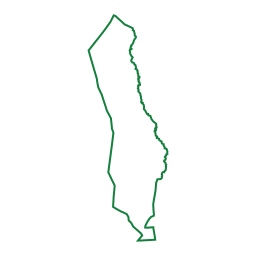 the district of Chingeltei, Ulaanbaatar, Mongolia
{"feature_id": "93677404B82424679119266", "entity_name": "Chingeltei", "entity_type": "district", "adm_level": 2, "iso_a3": "MNG", "parent_name": "Mongolia", "parent_adm1": "Ulaanbaatar", "projection": "equal_earth", "projection_center": [106.895, 48.027], "detail": "fine", "context": "isolated", "style": "outline", "palette": "green", "viewbox_px": 256, "rotation_deg": 0, "n_neighbors": 0, "source": "geoboundaries", "source_scale": "gbopen_adm2", "svg_char_len": 3958}
<svg xmlns="http://www.w3.org/2000/svg" viewBox="0 0 256 256"><path d="M138.0,240.6L140.9,240.5L151.9,239.9L155.2,239.7L154.7,236.0L153.5,229.0L153.3,227.3L151.1,227.4L149.6,227.5L147.6,227.7L145.2,227.6L145.3,226.3L145.4,225.7L146.9,222.7L148.1,220.7L148.7,219.7L149.2,219.0L151.0,217.0L153.8,215.7L153.9,214.3L153.5,210.0L153.2,204.6L153.7,200.9L153.9,199.8L154.9,194.3L155.5,190.7L156.2,182.6L156.9,180.8L157.4,179.3L157.8,179.3L159.0,179.1L160.3,179.1L161.3,178.6L161.9,177.8L161.8,176.6L162.2,176.1L162.1,174.9L161.7,174.3L162.5,172.3L163.5,172.0L164.2,172.2L164.7,171.1L164.8,170.9L165.6,170.3L166.1,166.9L165.7,166.2L166.2,164.6L165.6,164.0L165.5,163.4L165.5,162.9L165.2,162.5L164.1,161.5L164.2,160.5L165.4,159.8L165.8,158.9L165.8,158.2L165.0,157.5L164.8,157.0L165.4,156.1L166.1,155.7L166.2,154.5L166.6,154.4L167.4,154.0L167.2,152.2L167.4,151.3L166.9,150.2L166.6,148.9L166.1,148.7L165.3,148.6L165.1,148.5L164.6,148.3L164.7,147.7L164.5,146.6L163.9,146.2L163.6,145.5L163.7,144.3L162.4,143.7L162.0,143.5L161.6,142.6L161.7,141.6L159.7,140.4L159.2,140.0L159.1,138.9L158.7,138.6L157.9,138.2L156.8,138.1L156.8,137.2L157.1,136.5L156.4,136.0L155.8,135.7L155.7,135.3L155.6,134.0L155.3,133.1L155.4,132.4L155.2,131.8L154.6,131.4L154.8,130.3L156.0,130.2L156.1,129.9L155.7,129.4L155.2,128.5L155.5,127.9L156.0,128.0L156.3,128.1L156.6,127.7L156.5,126.9L156.1,126.1L156.1,125.8L156.3,125.4L156.3,124.7L156.1,124.3L156.1,123.7L153.9,121.9L153.0,121.2L151.3,118.7L150.4,115.9L149.9,115.7L149.5,115.5L148.5,115.4L148.2,114.8L148.1,114.0L147.1,114.0L146.2,112.4L144.9,110.1L144.0,109.3L143.9,107.8L144.1,107.0L143.8,105.1L143.4,104.6L143.0,103.9L142.2,103.4L142.6,102.7L142.3,102.5L141.7,102.7L141.1,102.0L141.5,100.5L141.5,99.6L141.5,99.4L140.9,98.4L140.9,97.9L141.0,96.6L140.7,95.9L140.4,95.1L140.4,94.2L140.3,93.5L139.1,92.4L138.5,91.7L138.3,91.0L138.7,90.5L138.7,90.3L138.3,89.3L137.9,88.5L138.2,88.1L138.3,88.0L138.2,87.3L138.1,86.7L138.0,86.4L138.5,86.1L138.4,85.6L138.3,85.2L138.6,84.9L138.9,84.8L139.6,84.8L140.0,84.8L140.0,84.3L139.5,83.5L139.6,82.5L138.9,82.2L138.4,81.1L138.8,80.4L138.8,80.0L138.2,79.4L138.2,78.8L139.0,78.2L139.5,77.5L139.4,76.9L139.1,77.0L138.4,76.9L138.2,75.3L138.2,73.7L137.6,73.0L137.7,72.1L137.7,71.7L137.4,71.3L137.4,71.1L137.5,70.3L137.0,69.6L135.8,69.1L135.5,68.9L136.0,67.8L135.9,66.8L135.6,66.1L135.5,65.1L135.4,64.9L134.4,64.5L134.3,64.3L134.3,64.0L134.1,63.4L133.8,62.9L132.0,62.3L131.9,62.2L131.7,61.8L131.2,60.8L131.4,60.3L131.5,59.5L132.3,58.1L132.7,57.4L132.1,56.7L131.2,55.8L130.7,54.7L130.2,53.9L130.1,52.2L129.7,50.8L129.7,50.6L129.9,49.8L130.5,49.7L131.1,49.4L131.5,49.0L130.5,48.5L130.5,47.8L130.8,47.1L131.1,46.6L131.3,46.3L131.1,45.6L131.6,45.2L131.9,44.9L133.1,43.1L133.3,42.6L133.7,41.2L134.4,39.5L135.1,38.6L135.8,37.7L135.9,36.5L135.6,36.3L135.2,35.9L134.7,35.5L134.7,34.5L134.7,33.7L134.3,32.5L133.9,30.7L132.8,30.2L133.0,29.6L132.7,28.2L132.3,28.0L127.7,25.8L125.8,24.9L124.9,24.6L123.8,23.6L122.4,22.3L118.5,18.8L116.1,16.6L115.3,15.9L113.7,15.4L112.3,18.2L111.0,20.8L110.3,22.1L105.6,28.7L103.2,31.9L98.9,37.4L97.4,39.3L95.3,41.9L94.7,42.7L92.9,45.0L90.8,47.7L89.2,49.7L88.6,50.4L89.0,51.7L89.3,52.9L90.5,57.2L92.1,62.6L94.1,69.6L95.3,73.5L96.8,78.6L96.9,79.4L97.5,83.6L97.7,84.5L98.3,87.5L98.6,88.0L100.3,91.7L101.6,94.3L102.1,95.8L103.7,100.8L105.4,105.9L106.7,110.1L107.0,110.8L107.2,111.3L109.2,115.0L110.5,117.5L111.0,118.3L111.0,119.3L111.5,123.5L111.9,127.7L111.9,128.7L112.3,129.6L113.4,132.8L113.3,133.7L112.7,138.5L111.9,145.2L111.1,151.1L110.1,158.7L108.9,167.8L108.3,172.3L109.5,174.7L111.0,178.1L112.2,180.5L113.8,183.7L114.7,185.7L114.4,189.0L113.8,195.0L113.6,197.7L113.5,199.9L113.1,206.4L113.1,206.9L116.4,208.9L120.5,211.2L120.6,211.3L123.2,212.4L126.7,214.1L127.5,215.5L128.4,216.9L128.7,220.3L128.8,220.6L130.4,222.0L131.0,222.6L132.2,224.7L133.0,226.2L133.3,226.7L137.4,230.2L140.5,233.0L141.0,233.4L142.2,235.4L140.4,237.6L138.0,240.6Z" fill="none" stroke="#15803d" stroke-width="2"/></svg>